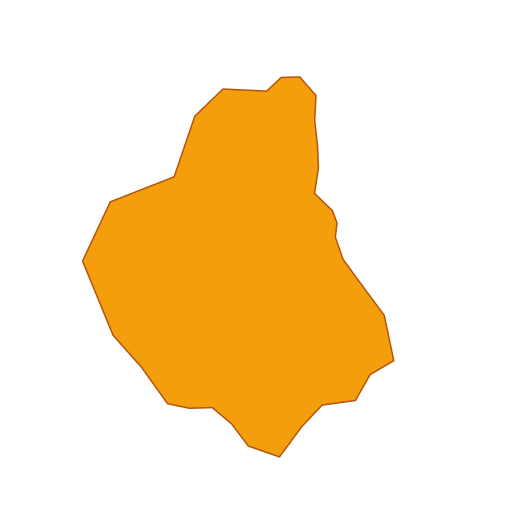 the Province of Monseñor Nouel, rotated 18°
{"feature_id": "DOM-1976", "entity_name": "Monseñor Nouel", "entity_type": "Province", "adm_level": 1, "iso_a3": "DOM", "parent_name": "Dominican Republic", "parent_adm1": "", "projection": "albers", "projection_center": [-70.39, 18.916], "detail": "fine", "context": "isolated", "style": "filled", "palette": "amber", "viewbox_px": 512, "rotation_deg": 18, "n_neighbors": 0, "source": "natural_earth", "source_scale": "10m", "svg_char_len": 561}
<svg xmlns="http://www.w3.org/2000/svg" viewBox="0 0 512 512"><g transform="rotate(18 256 256)"><path d="M270.0,109.2L280.1,131.3L288.2,153.1L292.3,178.4L314.8,189.3L322.9,199.7L325.6,213.5L339.6,232.0L358.1,245.6L396.3,272.8L419.4,313.0L401.2,333.4L395.2,362.7L364.9,377.4L352.3,404.1L340.4,439.8L307.6,439.2L284.8,423.3L261.2,413.7L239.7,421.4L217.5,423.8L181.8,397.4L144.6,375.6L92.6,314.4L100.7,249.5L153.7,205.9L154.6,141.9L173.0,107.4L215.2,95.9L224.8,78.4L242.2,72.2L263.4,84.8L270.0,109.2Z" fill="#f59e0b" stroke="#b45309" stroke-width="1.5"/></g></svg>